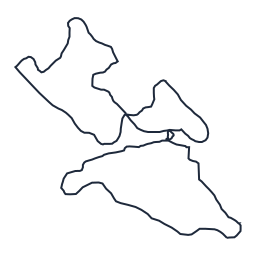 Stockholm, Stockholm, Sweden
{"feature_id": "70781695B5805413017960", "entity_name": "Stockholm", "entity_type": "district", "adm_level": 2, "iso_a3": "SWE", "parent_name": "Sweden", "parent_adm1": "Stockholm", "projection": "albers", "projection_center": [17.995, 59.332], "detail": "fine", "context": "isolated", "style": "outline", "palette": "slate", "viewbox_px": 256, "rotation_deg": 0, "n_neighbors": 0, "source": "geoboundaries", "source_scale": "gbopen_adm2", "svg_char_len": 3815}
<svg xmlns="http://www.w3.org/2000/svg" viewBox="0 0 256 256"><path d="M239.1,223.3L238.5,223.3L237.5,222.4L236.4,221.3L234.7,220.1L230.7,217.8L228.5,217.2L225.4,212.8L221.6,209.0L219.9,204.7L216.3,199.6L214.4,195.4L211.9,192.4L208.9,189.1L206.2,186.4L201.6,181.4L199.1,179.5L198.7,168.8L198.5,163.4L196.0,161.6L192.9,161.0L189.7,159.7L188.5,158.4L189.1,147.2L186.4,147.2L185.5,146.1L180.6,145.2L176.5,144.5L172.9,142.9L170.6,141.7L168.4,140.6L164.5,140.6L162.1,140.6L159.5,141.8L155.9,142.0L153.8,142.2L151.2,143.2L147.7,143.9L145.9,144.5L143.3,145.6L140.6,145.9L138.9,147.1L134.2,146.7L129.6,146.4L126.7,146.6L124.8,148.2L124.1,150.4L121.5,151.2L115.8,152.4L108.7,153.4L104.0,154.8L102.4,156.1L98.8,157.1L95.0,158.4L92.0,159.6L89.5,160.3L85.8,161.4L84.2,162.6L82.9,164.9L82.9,167.3L81.8,170.1L79.9,170.9L75.3,171.0L71.2,172.2L67.1,173.4L63.7,178.6L62.8,181.9L62.1,184.0L61.5,186.8L61.2,187.9L62.5,189.4L63.7,190.8L64.3,192.4L65.5,194.1L70.0,194.3L75.9,194.0L79.3,190.9L82.7,187.3L92.0,182.7L98.7,182.5L102.5,183.5L106.1,188.7L111.1,193.3L114.1,198.5L116.0,201.3L120.6,203.1L128.1,204.9L135.6,207.0L141.3,209.8L147.7,214.0L151.6,218.3L159.1,220.7L164.5,224.0L171.7,227.6L177.4,231.5L180.3,234.0L188.2,234.9L191.6,234.4L194.0,232.8L196.9,230.8L199.6,228.8L205.4,228.8L214.5,229.3L217.4,230.2L220.4,231.9L222.8,233.7L224.7,235.6L227.0,237.9L226.9,237.8L229.6,237.5L234.4,237.3L236.7,235.5L240.5,231.1L240.6,229.1L240.6,225.4L239.0,223.4L239.1,223.3ZM105.0,71.6L106.5,69.6L108.8,67.9L111.1,64.5L113.5,63.3L115.5,63.0L117.5,61.5L117.7,61.4L115.5,57.1L113.1,52.3L112.1,48.9L110.9,46.9L107.6,45.7L105.0,44.9L101.9,43.4L99.4,42.6L96.1,41.1L93.7,39.0L92.2,36.7L90.4,34.4L88.6,32.7L87.9,30.6L86.6,26.8L85.6,24.8L83.6,21.7L81.3,19.5L78.1,18.2L74.6,18.1L71.8,19.4L69.7,20.8L68.0,23.0L68.1,23.7L68.2,25.9L69.7,28.1L69.5,32.5L69.5,36.8L68.3,39.9L67.7,43.5L65.8,46.7L63.9,49.9L61.6,53.4L60.9,56.5L60.2,57.8L55.8,60.6L53.6,62.8L50.5,65.9L48.5,68.3L45.9,70.0L43.7,71.8L41.4,72.3L39.6,70.8L38.0,69.8L37.7,68.0L35.5,64.5L35.2,62.2L33.6,59.1L30.9,57.1L28.5,56.8L26.2,58.3L24.0,58.9L21.9,60.4L20.6,61.7L18.1,64.6L16.8,66.0L15.4,67.1L19.7,72.2L26.9,79.8L33.8,87.1L39.4,93.0L49.3,102.3L52.7,105.3L58.5,108.6L61.8,110.0L65.9,112.7L68.2,114.7L71.7,118.1L74.8,123.6L77.9,127.7L80.9,130.9L84.3,132.7L89.1,132.8L94.1,134.8L95.9,138.0L97.7,141.1L101.1,143.9L103.0,144.4L104.1,143.9L109.1,143.9L112.2,143.7L113.8,142.4L116.5,140.9L118.0,138.6L119.5,136.0L120.6,132.0L120.8,128.6L121.8,122.0L122.4,118.5L124.6,114.9L125.4,114.4L125.7,114.6L127.7,116.2L130.7,120.3L134.5,124.3L137.3,128.1L140.4,129.7L144.0,131.2L148.0,132.0L159.7,132.0L163.8,130.9L167.1,130.5L169.6,129.9L175.5,130.4L179.6,130.4L181.3,129.4L182.8,131.0L185.3,133.7L188.1,135.8L189.9,138.1L191.5,139.1L193.8,140.2L195.3,141.2L199.0,142.0L201.9,142.0L205.6,140.2L207.5,137.6L208.2,133.3L207.5,128.7L206.0,125.0L203.4,121.7L200.1,117.5L194.6,113.4L191.0,109.6L186.2,105.8L180.9,100.0L177.8,94.4L173.7,89.8L169.2,85.5L165.4,81.3L165.5,81.1L163.5,80.3L163.4,80.3L160.9,81.1L157.1,84.5L155.1,85.8L153.8,88.0L153.8,92.8L154.0,96.8L154.3,99.3L152.2,104.3L151.1,106.6L148.2,107.1L145.6,107.4L143.2,108.5L141.9,110.6L139.6,112.2L138.0,114.0L136.8,114.8L133.6,115.3L129.2,114.9L126.1,114.4L125.8,114.5L125.6,113.1L120.6,107.8L117.0,104.0L114.8,102.4L114.5,102.2L113.2,100.7L112.4,98.7L111.9,96.9L110.2,94.9L109.3,92.5L108.1,91.5L104.1,89.7L101.2,89.7L97.1,88.4L94.4,87.5L92.3,85.9L92.5,78.8L93.3,74.8L95.8,73.7L100.2,72.7L103.0,72.5L105.0,71.6ZM168.1,131.6L167.8,132.9L168.1,134.8L167.8,136.6L168.0,138.0L167.4,138.4L166.5,138.9L166.4,139.3L167.1,139.6L168.6,140.0L169.5,139.4L170.3,139.1L171.0,138.7L171.6,138.2L172.2,137.2L172.5,136.4L173.3,135.9L173.7,135.1L173.3,133.9L172.1,132.9L171.0,131.9L170.3,130.9L169.1,130.9L168.1,131.6Z" fill="none" stroke="#1e293b" stroke-width="2"/></svg>